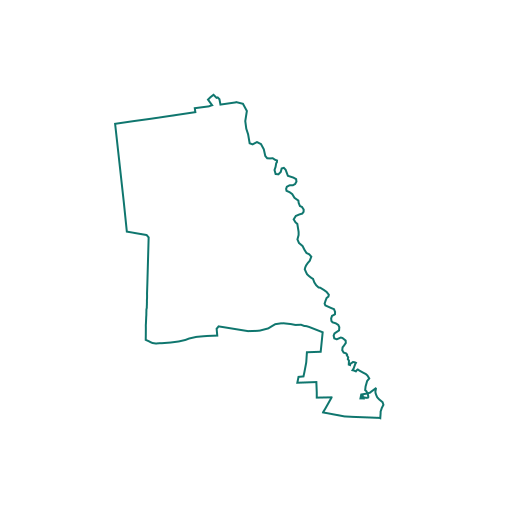 Vedea, Teleorman, Romania, rotated 209°
{"feature_id": "2599482B60509272705343", "entity_name": "Vedea", "entity_type": "district", "adm_level": 2, "iso_a3": "ROU", "parent_name": "Romania", "parent_adm1": "Teleorman", "projection": "mercator", "projection_center": [25.062, 44.098], "detail": "fine", "context": "isolated", "style": "outline", "palette": "teal", "viewbox_px": 512, "rotation_deg": 209, "n_neighbors": 0, "source": "geoboundaries", "source_scale": "gbopen_adm2", "svg_char_len": 3792}
<svg xmlns="http://www.w3.org/2000/svg" viewBox="0 0 512 512"><g transform="rotate(209 256 256)"><path d="M300.9,131.0L299.7,131.9L298.9,132.4L298.2,132.9L297.5,133.3L296.2,134.0L295.0,134.8L288.9,138.8L282.8,143.3L281.9,144.0L277.0,148.4L275.5,150.2L274.5,151.4L272.7,153.0L269.0,156.3L264.0,159.7L259.6,162.6L251.3,167.6L254.5,172.3L255.2,173.4L254.9,174.4L254.6,176.3L249.4,178.2L226.6,186.4L219.0,190.9L216.5,192.6L210.2,198.6L208.1,202.3L206.1,205.7L201.4,209.3L199.1,210.6L192.4,213.4L188.1,214.8L183.3,217.7L179.9,218.2L177.9,219.1L175.1,219.7L161.6,221.5L160.7,221.6L153.0,203.6L164.8,196.5L160.8,188.0L160.3,186.8L157.4,178.0L156.1,173.7L160.2,170.9L158.4,165.2L142.1,175.0L136.7,166.1L134.2,161.6L121.4,169.0L121.3,168.9L121.4,155.7L121.6,152.2L121.5,151.7L100.8,158.6L93.0,162.4L78.0,170.0L71.8,173.1L69.5,174.3L68.7,174.4L69.3,175.7L70.6,178.5L71.6,180.4L72.3,184.1L72.4,187.6L74.4,189.5L78.8,190.3L81.5,191.2L83.6,192.8L85.0,194.1L85.8,195.2L86.8,198.1L87.2,198.2L89.6,192.9L89.9,191.9L92.0,189.8L91.0,189.1L90.0,188.0L89.4,187.1L89.3,186.7L89.5,186.3L90.2,185.8L90.8,185.4L92.0,185.0L93.5,184.6L94.1,184.2L94.8,185.3L96.0,184.9L95.2,182.6L93.0,183.8L92.8,183.6L95.6,182.1L96.8,185.9L92.5,189.3L92.1,189.7L92.2,190.0L93.8,191.2L95.5,191.6L96.9,195.0L98.2,200.5L97.6,203.8L100.6,205.5L102.7,206.0L105.7,205.9L108.0,205.9L109.9,205.9L112.0,206.1L112.4,205.3L112.7,203.5L114.9,203.3L116.2,202.9L116.1,205.0L116.4,206.9L116.8,209.4L116.8,211.0L118.1,210.9L119.8,210.3L120.6,208.4L121.4,207.5L120.9,206.2L122.2,206.0L124.0,209.6L125.7,210.3L126.2,212.0L128.5,213.3L128.6,214.0L130.1,214.5L132.5,214.0L134.9,215.4L136.0,218.1L135.6,220.4L135.3,223.5L136.6,225.5L140.6,226.2L142.3,225.8L145.0,222.3L147.6,221.9L149.5,224.0L149.8,226.3L148.7,228.5L147.3,231.2L148.6,234.1L150.6,235.6L153.6,235.8L156.9,235.1L158.5,235.7L160.0,237.8L160.5,240.5L159.4,242.1L158.7,243.3L159.7,245.4L162.0,247.3L165.3,246.9L171.4,246.4L172.9,247.6L173.5,250.6L173.9,253.5L173.0,255.6L173.5,257.4L176.8,258.8L180.2,259.2L184.5,259.4L186.0,258.8L189.2,259.6L190.7,260.4L192.2,261.2L195.0,263.6L197.1,263.7L200.2,264.2L202.5,264.8L203.5,265.5L204.5,266.2L206.9,268.0L207.4,269.9L207.5,271.0L207.6,272.1L207.3,275.1L207.0,276.4L206.7,277.7L206.7,278.2L206.9,279.3L207.3,282.2L210.3,283.3L211.8,283.2L213.3,283.1L216.6,284.9L220.1,287.3L224.7,288.2L227.8,290.6L228.9,295.0L230.4,297.7L235.4,304.1L237.8,304.6L240.8,306.3L240.6,310.3L238.2,313.4L236.1,315.5L235.8,317.7L236.8,319.7L239.6,321.2L241.8,321.0L244.4,323.1L245.8,325.0L250.5,325.5L254.3,327.7L257.5,328.1L260.9,327.8L262.2,329.3L262.6,331.5L260.9,334.1L258.0,335.8L256.7,337.9L256.7,340.7L258.2,342.7L261.3,342.7L267.0,341.6L271.9,345.8L274.4,346.6L276.0,345.0L275.1,341.5L276.0,338.3L278.6,337.2L281.5,340.2L282.1,343.5L283.3,346.9L283.2,348.2L283.9,349.7L285.9,349.4L288.8,349.6L291.1,348.1L293.6,346.9L296.4,348.0L300.9,353.1L305.9,356.3L310.4,356.1L313.1,352.0L316.2,351.5L321.9,358.6L326.2,362.6L330.8,368.8L334.3,378.4L341.2,382.8L347.9,381.0L348.1,380.6L360.5,371.2L364.0,375.4L366.4,376.1L367.2,375.2L371.3,376.4L372.8,372.9L373.8,369.5L367.5,366.6L368.2,365.9L369.8,364.0L381.2,355.6L378.8,352.4L389.5,344.2L414.3,325.2L428.9,314.3L443.3,303.3L397.8,239.1L384.0,219.3L380.8,214.7L361.8,221.3L358.9,220.2L337.4,178.7L333.4,170.9L333.2,170.5L332.1,168.6L330.9,166.4L330.1,164.7L329.5,163.6L328.8,162.4L328.6,161.9L328.3,161.4L328.0,160.9L327.7,160.2L327.2,159.3L326.8,158.4L326.4,157.8L326.1,156.7L325.9,156.1L325.6,155.5L325.4,155.1L325.1,154.6L324.5,153.4L324.0,152.5L323.3,151.2L322.6,149.7L321.0,146.5L320.0,144.5L319.4,143.3L318.9,142.2L317.2,139.2L314.2,133.7L313.5,132.4L311.8,129.2L310.5,129.3L308.3,129.5L307.5,129.5L306.9,129.5L306.4,129.5L305.5,129.6L304.4,129.7L300.9,131.0Z" fill="none" stroke="#0f766e" stroke-width="2"/></g></svg>